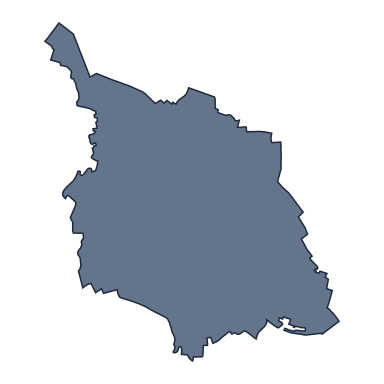 the district of Nam Tu Liem, Ha Noi, Vietnam
{"feature_id": "81297802B23821385944469", "entity_name": "Nam Tu Liem", "entity_type": "district", "adm_level": 2, "iso_a3": "VNM", "parent_name": "Vietnam", "parent_adm1": "Ha Noi", "projection": "albers", "projection_center": [105.76, 21.018], "detail": "fine", "context": "isolated", "style": "filled", "palette": "slate", "viewbox_px": 384, "rotation_deg": 0, "n_neighbors": 0, "source": "geoboundaries", "source_scale": "gbopen_adm2", "svg_char_len": 5711}
<svg xmlns="http://www.w3.org/2000/svg" viewBox="0 0 384 384"><path d="M58.9,23.0L56.6,26.1L54.1,29.6L53.3,30.6L52.1,32.1L51.2,33.4L50.0,35.0L46.8,39.3L44.9,41.2L52.2,46.7L52.1,48.0L53.9,49.6L53.7,50.8L50.7,60.0L52.0,60.4L56.8,61.7L57.9,61.9L59.8,62.5L60.2,63.7L60.6,65.4L61.1,65.5L63.7,65.9L66.8,66.8L70.1,69.8L71.2,71.5L71.5,72.9L71.3,73.9L70.7,75.9L70.9,77.8L71.4,78.5L73.3,78.9L74.7,81.5L75.8,83.9L76.5,87.6L77.4,90.4L78.7,93.2L78.8,96.3L79.0,96.9L78.7,99.2L77.7,100.7L76.6,102.4L76.9,105.0L77.7,105.9L80.1,106.4L83.9,107.2L87.6,108.0L90.7,109.0L93.6,110.7L95.6,110.8L95.9,114.3L94.1,114.9L94.6,117.1L94.7,117.5L94.9,117.5L97.1,118.0L97.4,120.7L96.7,121.5L95.9,122.4L95.9,122.5L96.5,125.4L96.9,127.0L97.2,128.1L95.3,128.4L93.8,128.7L92.9,128.8L93.3,130.8L95.3,131.3L95.4,131.6L95.3,132.0L94.7,132.5L94.0,133.6L91.9,134.4L90.1,134.7L89.6,134.8L89.0,135.6L88.8,136.3L89.1,137.3L89.1,138.1L89.9,139.0L90.0,140.0L89.8,141.1L90.0,141.8L90.8,143.4L91.3,144.0L92.3,144.3L95.4,142.9L96.3,145.2L95.9,145.7L94.1,145.7L94.1,145.9L93.6,147.3L92.3,148.2L92.7,149.8L93.5,152.7L93.5,153.8L93.2,154.6L91.7,156.2L91.4,157.0L91.7,158.0L92.7,158.8L96.4,160.7L97.7,160.8L97.6,161.8L97.4,164.3L97.0,166.5L96.1,169.2L96.0,169.3L95.6,170.4L94.1,171.2L91.9,171.7L91.5,169.2L91.3,168.6L90.2,168.3L89.2,168.3L88.1,168.5L86.9,170.0L83.2,174.7L82.7,175.1L81.7,175.4L80.1,174.5L80.2,172.1L80.3,171.6L79.4,171.1L78.0,171.2L77.4,173.0L75.4,177.7L73.1,181.0L66.8,186.9L64.7,189.4L63.3,191.3L62.6,193.4L62.8,195.2L64.1,197.4L65.3,198.6L65.9,198.1L66.7,196.1L67.9,195.5L68.9,196.0L70.1,197.0L75.8,202.3L75.6,205.2L71.1,215.9L70.7,216.7L70.3,217.7L72.7,222.4L72.7,231.1L73.4,233.1L82.8,233.2L83.2,234.5L83.5,236.4L83.4,237.7L83.1,238.8L82.0,240.1L81.5,241.1L81.3,242.0L81.5,242.8L81.8,244.6L80.8,247.7L78.7,250.3L77.7,252.4L78.0,254.7L80.1,257.6L80.9,265.7L80.0,268.8L78.5,270.7L79.3,274.2L81.7,283.5L82.8,287.9L87.0,284.7L91.0,283.4L95.6,292.7L101.5,288.7L103.6,293.3L105.7,292.8L111.1,291.3L115.3,290.2L117.1,289.7L117.3,290.6L117.9,293.5L119.0,296.1L119.4,296.8L120.2,297.5L122.1,298.2L123.7,298.7L124.6,299.0L129.7,300.5L138.3,303.5L145.5,306.7L154.0,311.5L160.8,314.9L165.4,317.2L167.2,318.3L169.7,323.2L171.4,329.3L172.4,332.8L173.9,335.6L174.7,337.6L174.9,339.4L174.5,342.0L173.9,344.0L173.8,344.6L174.3,345.3L175.0,347.1L174.7,348.5L174.0,350.6L173.2,351.7L173.2,352.4L173.6,352.6L174.5,352.8L176.1,352.4L177.5,351.4L178.1,349.9L178.5,347.9L178.9,347.2L179.5,346.9L181.1,346.9L181.7,349.6L181.6,351.5L181.4,353.9L181.5,354.4L187.4,354.9L189.3,358.3L191.7,360.5L192.6,361.0L193.6,356.9L202.0,356.9L202.8,355.9L203.1,351.6L203.2,346.0L203.5,345.5L207.5,345.3L207.6,344.2L207.3,341.9L207.2,340.5L207.1,339.5L206.9,338.2L207.1,338.0L210.5,337.3L210.7,337.5L211.2,338.8L211.6,339.7L212.5,342.3L212.9,343.3L216.8,341.6L219.5,339.7L221.2,337.9L228.8,331.9L229.9,331.6L231.9,334.1L234.2,332.9L235.3,333.0L237.3,334.3L239.6,334.1L243.3,331.5L244.4,331.2L245.5,331.1L246.7,331.9L256.1,339.0L256.3,338.3L257.1,335.5L258.1,333.2L259.0,331.9L260.5,330.4L262.8,328.2L264.7,326.3L265.9,324.6L266.6,323.0L266.8,321.2L266.6,319.7L270.9,323.1L274.4,325.7L277.0,327.3L278.5,327.9L281.8,325.2L282.6,324.5L282.5,323.7L281.3,322.1L278.8,321.0L278.8,320.6L279.2,317.9L282.6,319.0L283.2,317.5L283.5,316.8L285.5,317.6L290.7,319.3L288.8,324.2L290.1,324.7L293.4,326.0L293.5,327.2L294.4,327.5L295.0,326.3L299.3,327.0L300.2,327.6L301.7,327.6L304.0,327.8L304.7,327.7L305.2,328.4L305.6,329.4L305.3,330.1L304.8,330.8L304.0,331.0L301.6,330.9L297.6,330.3L295.3,330.3L294.9,331.2L292.3,330.7L290.0,330.3L288.2,329.6L285.0,328.3L284.5,329.0L284.2,329.5L284.0,330.2L285.6,330.8L287.5,331.6L289.9,332.5L292.5,333.1L294.2,333.3L294.9,333.4L301.9,334.4L304.6,335.0L305.2,335.0L307.3,334.9L315.0,334.0L317.7,333.7L321.0,333.2L321.9,334.2L323.3,333.2L339.1,321.3L338.2,320.0L337.3,318.7L335.4,316.1L334.9,315.6L334.6,315.2L334.1,314.6L333.8,314.3L332.2,312.5L331.4,311.7L331.0,311.3L330.2,310.4L329.9,310.0L329.6,309.7L329.2,309.1L327.1,307.7L327.6,306.3L328.6,303.7L330.0,299.0L331.0,295.3L331.1,294.8L331.3,293.9L331.5,293.2L331.7,292.4L331.9,291.8L332.2,290.5L326.8,288.7L326.9,288.0L326.9,287.3L327.1,286.0L327.7,283.0L328.3,279.2L325.1,277.0L327.0,273.5L320.0,271.2L318.8,273.2L315.8,272.4L316.2,271.3L314.2,270.7L315.5,268.9L316.3,269.4L317.0,269.2L317.7,268.5L317.9,267.8L317.4,266.5L316.7,265.9L315.9,265.1L310.7,259.6L309.7,258.1L312.1,256.2L309.9,253.1L307.3,250.0L301.4,238.9L306.3,235.2L307.6,234.2L305.0,227.7L298.4,216.9L303.2,212.2L302.7,211.6L301.5,210.0L298.2,205.5L296.4,203.2L294.7,200.9L294.1,200.1L291.2,196.2L290.1,194.8L288.8,193.0L281.7,186.6L281.3,186.0L277.5,181.6L281.0,169.1L281.1,155.1L281.1,153.2L280.9,149.5L281.0,147.5L281.1,146.8L280.9,143.6L280.7,142.0L278.0,142.3L271.5,142.6L270.9,138.1L271.7,133.4L271.7,133.2L265.6,132.1L264.0,131.8L262.3,131.7L258.5,131.4L252.7,131.7L251.2,131.6L249.2,131.7L246.6,131.7L246.6,131.4L246.2,127.0L245.4,127.0L243.3,127.0L241.3,127.3L237.5,127.4L239.3,120.2L237.7,120.6L235.6,121.0L234.0,118.4L231.0,115.4L229.8,114.9L229.7,114.9L228.6,114.8L227.1,115.1L226.5,115.1L225.6,115.3L225.1,115.2L220.6,113.5L218.0,112.8L217.7,112.6L217.6,112.3L217.7,111.9L218.2,109.9L218.1,109.6L217.9,109.4L215.2,108.5L215.1,99.0L214.7,97.3L214.5,97.0L188.7,87.8L187.3,91.8L186.1,94.1L184.5,95.9L182.5,97.3L179.4,99.5L178.0,100.8L177.1,102.1L176.6,103.2L176.4,103.9L174.1,103.4L172.9,102.3L171.8,104.1L166.9,100.4L164.1,103.2L160.6,100.2L155.3,103.5L145.4,94.0L143.1,92.1L129.8,86.1L123.9,84.0L113.1,80.1L112.9,80.1L107.0,77.7L102.2,75.8L96.5,73.5L90.0,77.0L85.7,65.9L84.6,63.0L83.5,60.3L81.5,54.9L80.1,51.6L79.3,49.4L76.9,43.1L73.6,34.8L73.4,34.1L65.6,28.0L58.9,23.0Z" fill="#64748b" stroke="#1e293b" stroke-width="1.5"/></svg>